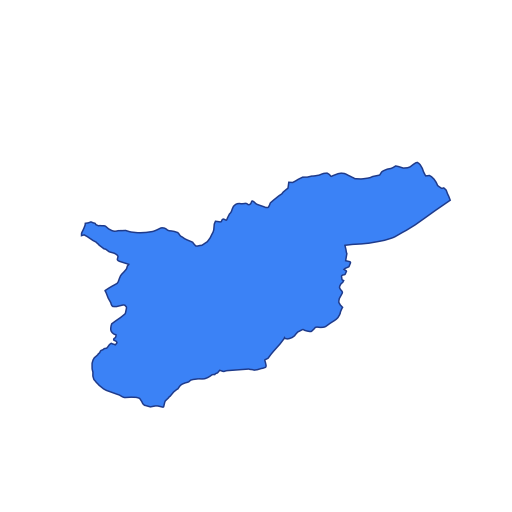 Hoa Binh, Hòa Bình, Vietnam, rotated 64°
{"feature_id": "81297802B29311833142389", "entity_name": "Hoa Binh", "entity_type": "district", "adm_level": 2, "iso_a3": "VNM", "parent_name": "Vietnam", "parent_adm1": "Hòa Bình", "projection": "natural_earth1", "projection_center": [105.327, 20.842], "detail": "fine", "context": "isolated", "style": "filled", "palette": "blue", "viewbox_px": 512, "rotation_deg": 64, "n_neighbors": 0, "source": "geoboundaries", "source_scale": "gbopen_adm2", "svg_char_len": 6120}
<svg xmlns="http://www.w3.org/2000/svg" viewBox="0 0 512 512"><g transform="rotate(64 256 256)"><path d="M341.4,421.6L341.7,421.1L345.3,417.1L346.3,413.4L346.8,411.7L347.3,410.8L347.8,409.9L351.0,406.0L351.1,405.7L351.1,405.4L351.0,405.1L347.4,402.1L346.5,401.1L345.1,396.7L344.5,395.7L344.4,394.7L342.1,389.6L341.2,385.7L341.2,384.5L340.2,382.8L339.5,381.5L339.0,380.0L338.8,378.3L339.0,375.4L339.5,372.8L339.6,371.6L339.0,369.3L339.0,368.8L339.4,366.7L341.0,362.0L341.8,360.3L342.6,358.9L343.6,356.6L343.9,355.3L344.1,352.8L343.9,349.9L343.5,347.9L343.6,347.0L344.0,345.9L344.5,345.1L344.0,344.1L344.0,343.4L344.2,342.3L344.0,341.4L342.8,338.7L345.1,336.4L345.7,335.5L346.0,333.5L346.3,332.4L354.4,312.1L355.3,311.1L356.5,309.1L357.8,307.6L358.8,304.5L359.4,300.8L359.9,299.0L360.2,296.3L360.1,296.0L359.7,295.5L358.7,294.9L355.8,294.2L353.8,293.9L353.3,293.6L353.2,293.4L353.2,290.4L353.2,290.0L350.9,285.6L349.2,281.8L345.7,273.2L342.5,266.8L341.9,266.2L342.9,266.0L344.3,264.1L344.8,262.3L345.1,259.5L345.0,258.6L344.6,256.3L343.8,254.8L342.6,251.8L342.6,250.6L342.5,246.7L342.7,245.9L344.3,244.7L345.8,243.0L347.3,241.0L348.0,239.7L348.0,239.0L347.0,235.8L346.2,234.0L346.4,232.9L346.9,231.8L348.3,229.7L349.3,227.4L349.8,225.7L349.9,224.3L348.9,218.5L348.4,213.7L348.0,211.5L347.3,209.4L345.3,206.4L344.9,206.1L344.4,205.4L343.5,204.8L342.8,204.1L340.9,201.9L340.1,200.7L337.0,201.7L334.0,201.9L332.5,201.1L330.7,199.7L327.3,194.9L326.4,194.2L325.2,194.2L323.8,194.6L321.8,194.9L320.8,194.7L319.6,193.8L318.2,191.7L317.7,189.6L316.5,188.0L315.4,188.9L315.0,189.0L314.7,189.0L312.9,188.4L312.1,188.2L311.7,188.0L311.3,187.6L311.2,187.2L311.1,186.4L311.5,185.1L311.6,184.2L311.4,183.8L311.0,183.3L309.4,181.4L308.9,181.4L306.6,182.8L306.3,181.9L306.2,181.3L306.4,177.4L306.3,177.1L303.6,174.1L303.2,173.9L302.8,173.9L302.3,174.1L299.5,177.5L293.7,173.3L292.5,173.2L289.5,172.3L285.4,171.4L285.7,170.4L287.9,164.1L291.4,155.8L294.0,148.8L296.6,139.7L298.2,133.7L299.2,127.4L299.5,125.1L299.6,122.8L299.0,114.2L298.8,109.5L297.8,99.4L296.0,88.4L293.7,74.9L291.0,57.0L286.8,56.6L284.1,56.6L280.2,56.2L278.2,56.9L277.1,57.4L276.8,59.1L276.3,59.7L273.7,61.2L272.2,61.9L270.8,61.8L268.6,61.8L265.0,62.3L261.7,63.5L259.6,64.9L259.0,66.9L258.3,68.4L256.8,68.5L253.4,68.5L250.2,68.1L247.5,68.3L245.7,68.5L244.1,69.1L242.6,70.0L242.3,71.6L242.6,74.2L243.4,78.2L243.4,79.1L243.1,81.2L241.6,85.0L238.1,88.7L236.3,91.0L236.6,94.2L236.5,96.2L235.5,99.9L235.3,103.1L235.3,104.8L235.5,106.1L236.3,107.5L237.3,109.0L237.4,109.7L235.7,116.3L235.6,119.0L235.0,121.5L233.4,126.3L232.8,127.9L229.8,133.3L228.5,134.1L227.1,135.3L225.7,136.3L224.1,137.6L221.9,139.2L220.6,140.4L218.9,143.1L218.0,146.1L217.5,151.5L217.5,152.4L217.5,153.3L217.2,153.7L216.2,154.0L215.0,154.3L213.0,155.5L212.6,155.9L211.5,158.8L211.2,160.9L211.0,163.9L210.5,165.5L209.8,167.9L209.2,169.6L208.6,170.9L207.6,175.3L205.6,179.5L205.6,184.4L205.9,187.7L206.0,190.8L204.1,194.2L208.9,197.4L209.1,197.8L209.6,200.1L210.5,203.6L211.5,205.6L211.9,208.8L213.3,215.1L214.5,219.6L214.8,220.1L216.6,222.0L216.8,222.5L217.4,223.2L217.6,223.7L217.5,224.4L216.5,226.2L215.3,227.2L211.2,231.3L209.8,232.6L208.8,233.2L206.2,234.2L205.0,235.1L204.9,235.8L206.1,237.1L206.8,238.1L206.9,239.3L206.8,239.9L206.2,240.7L204.9,241.3L204.1,242.3L203.5,244.2L202.7,246.2L201.5,248.0L200.8,249.9L200.7,251.5L201.0,252.9L201.5,254.5L203.3,256.7L205.2,258.6L206.2,260.2L206.6,261.4L207.8,263.0L209.1,264.7L210.5,266.3L210.8,266.8L210.7,267.2L208.6,268.9L208.4,269.6L208.7,270.8L209.7,271.9L209.9,272.5L209.7,273.1L209.4,273.7L208.5,274.9L207.0,277.2L209.0,279.5L214.0,282.5L215.8,284.2L217.3,286.3L219.5,289.1L220.8,291.5L221.8,293.5L222.6,299.4L222.6,300.2L222.3,301.1L222.0,301.5L221.8,302.6L221.3,304.6L220.5,305.8L217.3,306.7L215.9,306.9L214.8,307.8L211.3,310.9L209.1,312.6L206.7,313.9L205.5,314.8L204.3,315.3L202.5,315.6L202.0,315.6L200.6,316.1L198.1,318.7L196.3,321.2L195.3,322.9L194.1,324.1L192.0,325.1L190.7,326.2L189.5,328.0L189.1,329.3L189.1,333.2L189.0,335.4L188.8,337.5L188.5,338.7L186.7,344.3L184.3,350.0L183.2,352.2L179.8,357.6L178.7,359.0L175.9,362.0L175.7,362.3L175.5,362.9L174.6,365.0L172.9,368.6L172.3,371.0L171.6,372.6L170.0,374.4L167.0,376.6L163.5,378.1L162.9,378.5L162.3,379.2L161.0,381.7L160.2,383.0L159.9,384.1L159.7,384.4L157.6,386.2L156.4,386.2L155.9,386.5L154.9,387.7L153.0,389.4L152.7,392.2L151.8,395.1L153.3,396.0L155.6,398.5L157.4,400.7L158.5,402.2L159.4,403.0L161.2,403.9L161.5,402.0L161.9,400.9L162.4,400.7L164.5,399.2L170.6,395.7L173.3,393.7L174.5,393.3L176.1,392.6L177.3,392.3L182.9,389.5L184.0,388.1L187.7,386.2L188.5,385.4L190.8,382.8L191.5,382.1L192.6,381.3L194.2,380.4L195.4,380.2L196.1,380.3L198.2,382.1L198.7,382.2L199.6,382.0L200.2,381.6L200.9,381.1L207.7,374.0L208.1,374.6L208.3,375.3L208.7,376.1L210.4,377.6L211.0,378.4L212.3,381.4L213.5,384.7L214.4,386.4L216.1,388.4L218.9,391.3L219.7,392.8L219.8,393.2L219.8,394.3L219.9,395.5L220.0,398.2L220.3,402.0L220.9,406.8L221.1,406.9L223.1,406.8L229.0,407.3L234.3,407.0L235.9,407.3L237.4,407.3L238.5,406.9L239.2,405.8L240.3,403.6L241.8,396.7L242.8,395.4L243.8,395.2L244.7,394.8L245.3,394.9L246.4,395.5L250.0,398.3L250.7,399.3L251.9,404.6L252.8,410.5L253.7,415.4L255.3,416.9L257.4,418.3L258.5,418.8L259.7,419.1L261.0,419.0L262.0,418.8L263.6,418.1L264.6,417.3L265.4,416.4L266.4,416.8L267.3,417.6L267.7,418.2L267.9,419.4L268.2,420.2L269.0,420.7L269.4,420.6L271.0,419.3L271.4,419.1L271.8,418.9L272.8,418.9L273.0,419.1L273.4,419.5L273.7,420.4L274.2,421.3L273.9,421.7L273.1,422.3L272.5,423.1L272.1,423.5L271.0,424.4L271.2,425.7L271.6,427.0L272.8,429.2L273.4,430.7L272.7,433.0L273.1,434.4L273.0,436.8L273.3,437.5L274.5,439.1L274.6,439.5L274.7,440.3L274.9,440.8L275.3,441.2L275.8,442.8L276.6,445.9L278.0,448.0L280.5,450.3L282.9,451.5L285.7,452.8L287.4,453.2L288.9,453.5L291.9,455.0L292.7,455.3L295.7,455.8L296.5,455.7L297.4,455.4L299.7,454.9L301.7,454.2L303.4,453.7L308.7,451.2L311.2,449.4L318.7,442.1L321.1,439.7L323.4,438.2L324.7,437.2L325.7,436.0L328.2,430.0L330.5,425.7L331.8,424.1L333.0,423.0L336.6,422.5L339.0,422.5L340.1,422.2L341.4,421.6Z" fill="#3b82f6" stroke="#1e3a8a" stroke-width="1.5"/></g></svg>